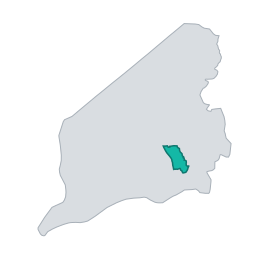 location of As-Safira, Aleppo, Syria, rotated 173°
{"feature_id": "27442178B22464389911891", "entity_name": "As-Safira", "entity_type": "district", "adm_level": 2, "iso_a3": "SYR", "parent_name": "Syria", "parent_adm1": "Aleppo", "projection": "orthographic", "projection_center": [37.544, 35.815], "detail": "fine", "context": "in_parent", "style": "filled", "palette": "teal", "viewbox_px": 256, "rotation_deg": 173, "n_neighbors": 0, "source": "geoboundaries", "source_scale": "gbopen_adm2", "svg_char_len": 3597}
<svg xmlns="http://www.w3.org/2000/svg" viewBox="0 0 256 256"><g transform="rotate(173 128 128)"><path d="M31.8,86.9L34.1,87.2L39.0,90.3L39.8,90.2L41.4,86.3L42.8,84.9L45.9,83.8L46.8,77.4L48.3,76.2L50.0,75.5L52.6,75.4L54.9,75.1L55.1,74.0L51.9,66.5L52.2,64.6L53.9,57.2L54.9,54.3L55.8,53.3L59.4,53.8L64.5,55.1L65.8,57.2L68.2,59.2L72.0,59.1L76.2,59.4L79.6,59.6L82.3,58.2L88.3,55.7L91.3,54.9L94.0,53.8L102.7,49.6L106.2,49.9L108.6,50.4L110.4,51.1L114.6,53.8L118.0,56.6L120.4,57.4L124.7,57.3L130.9,57.7L138.5,57.6L142.9,56.7L148.5,55.2L158.6,51.6L171.6,44.3L179.3,40.6L182.6,40.1L187.0,39.9L191.4,40.7L196.3,41.1L198.6,41.0L204.0,40.1L210.8,38.4L215.1,37.0L220.3,34.9L223.4,31.6L224.5,31.2L225.9,31.7L226.5,31.9L227.9,33.6L229.6,38.2L229.6,38.7L229.4,40.0L226.1,44.0L221.7,49.4L218.5,52.8L213.1,58.5L208.9,59.9L201.8,62.1L200.0,64.1L198.3,67.3L197.4,71.6L197.2,74.2L197.2,79.2L199.1,84.3L200.9,89.1L201.3,92.4L201.2,95.6L199.8,99.1L198.2,103.9L197.5,109.2L197.3,119.2L197.6,127.7L197.5,129.1L194.7,135.2L191.4,142.3L189.9,144.0L182.2,146.3L173.9,151.7L164.6,157.7L156.1,163.2L147.1,168.8L137.8,174.7L131.1,178.8L122.2,184.4L114.0,189.6L105.7,195.0L99.3,199.0L89.7,205.3L84.0,209.0L75.6,214.5L68.2,219.2L59.5,224.8L48.5,223.0L45.1,222.0L42.3,219.3L40.2,217.8L35.0,216.3L31.8,211.1L29.8,209.3L26.4,208.5L27.9,205.2L28.2,203.1L29.8,200.5L28.9,198.8L28.5,195.1L27.8,194.2L27.6,193.3L28.1,192.1L28.0,190.9L27.4,190.4L27.1,188.6L26.7,187.2L27.0,185.6L27.7,184.5L28.5,182.5L29.5,181.9L30.9,180.6L31.3,179.3L32.7,178.0L34.4,177.0L34.8,176.1L34.6,175.6L32.8,174.6L31.9,172.9L32.8,170.4L33.4,169.7L34.4,168.5L36.8,166.7L38.6,166.4L40.2,166.5L42.9,166.7L44.9,167.0L45.5,166.5L45.4,165.9L42.9,164.4L42.7,163.2L43.4,162.0L45.2,160.0L47.4,158.5L48.5,158.3L51.0,155.3L52.6,152.0L50.1,143.9L48.6,142.6L46.1,141.5L44.6,141.3L44.5,140.8L46.5,138.7L47.9,137.0L46.4,135.3L43.7,134.4L42.6,136.2L39.1,136.3L33.6,136.2L31.3,127.6L31.0,123.9L31.1,119.7L32.9,113.4L32.2,110.5L32.1,108.6L31.8,105.9L27.6,100.0L30.1,89.5L31.8,86.9Z" fill="#d9dde1" stroke="#a8b0b8" stroke-width="1"/><path d="M79.5,101.4L79.7,101.5L79.8,101.5L80.0,101.6L80.1,101.8L80.3,101.9L80.4,102.0L80.5,102.1L80.7,102.3L80.8,102.3L81.0,102.5L81.1,102.8L81.3,103.0L81.4,103.3L81.4,103.6L81.5,103.9L81.5,104.0L81.5,104.3L82.2,104.4L82.9,104.5L83.9,104.7L84.6,104.8L85.6,104.8L87.9,104.7L88.8,104.7L88.8,104.0L90.4,104.0L91.1,105.5L91.7,105.5L93.2,105.5L95.2,105.8L94.9,104.5L93.5,100.8L92.5,98.6L90.1,94.9L89.1,93.1L88.6,92.0L88.5,91.7L88.5,91.4L88.4,91.2L88.4,90.6L88.4,90.0L88.4,89.8L88.3,89.5L88.2,89.0L88.2,88.9L88.1,88.5L88.0,88.2L88.0,87.9L88.0,87.7L88.1,87.2L88.1,86.5L88.1,85.9L88.1,85.3L88.0,84.6L87.9,84.0L87.9,83.8L87.9,83.7L87.8,83.1L87.8,82.7L87.8,82.4L87.8,82.1L87.8,81.8L87.8,81.7L87.7,81.6L87.6,81.3L86.9,81.5L86.7,81.5L86.2,81.3L85.0,81.3L84.4,81.1L84.0,81.0L83.1,81.2L82.7,81.3L82.0,81.4L81.5,81.6L81.1,81.4L81.0,80.8L80.8,79.8L80.6,79.5L80.0,79.1L79.9,78.8L79.7,78.7L79.6,78.4L79.5,77.9L79.2,76.9L78.7,76.7L78.1,76.7L77.7,76.8L77.1,76.8L76.5,76.9L76.2,77.0L75.7,77.2L75.4,77.6L75.1,78.0L74.5,78.7L74.1,79.3L73.7,80.0L73.4,80.9L73.2,81.5L72.9,81.8L72.5,82.3L72.4,82.6L72.4,82.9L72.7,82.9L73.1,82.7L73.5,82.5L73.9,83.1L74.2,83.4L74.4,83.5L74.7,83.8L74.8,84.2L74.6,84.9L74.6,85.6L74.6,85.8L74.3,86.7L74.3,87.5L74.3,88.2L74.4,88.4L75.1,88.9L76.0,89.3L75.9,89.4L75.9,89.5L75.9,90.1L76.0,90.4L76.0,91.2L76.3,91.3L76.5,91.4L76.8,91.7L76.8,92.0L76.5,92.1L76.3,92.2L76.3,92.6L76.9,93.2L77.2,93.5L77.4,93.7L77.5,94.2L77.5,95.0L77.5,95.8L78.0,96.6L78.6,97.2L79.1,97.9L79.5,99.3L79.5,101.4Z" fill="#14b8a6" stroke="#0f766e" stroke-width="1.5"/></g></svg>